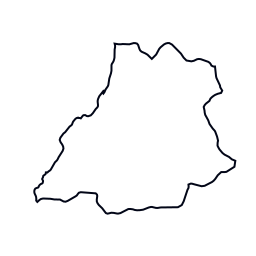 SVG path tracing the border of Benguela, rotated 352°
{"feature_id": "AGO-1887", "entity_name": "Benguela", "entity_type": "Province", "adm_level": 1, "iso_a3": "AGO", "parent_name": "Angola", "parent_adm1": "", "projection": "mercator", "projection_center": [13.731, -12.811], "detail": "fine", "context": "isolated", "style": "outline", "palette": "ink", "viewbox_px": 256, "rotation_deg": 352, "n_neighbors": 0, "source": "natural_earth", "source_scale": "10m", "svg_char_len": 2845}
<svg xmlns="http://www.w3.org/2000/svg" viewBox="0 0 256 256"><g transform="rotate(352 128 128)"><path d="M27.9,188.6L27.1,187.3L27.0,186.8L27.1,186.4L27.3,186.1L27.4,183.6L27.2,182.4L26.4,179.8L26.3,178.5L26.5,177.2L27.0,176.0L27.8,175.1L29.0,174.7L30.6,174.5L31.2,174.0L31.6,173.2L32.7,172.0L34.0,171.3L35.0,171.1L35.8,170.6L36.4,169.2L36.5,168.4L36.3,167.8L36.1,167.3L35.9,166.7L36.1,166.1L36.8,165.3L37.0,164.8L37.5,163.5L39.8,162.3L40.3,161.4L40.5,160.5L40.9,160.5L41.5,160.8L41.9,160.9L43.3,159.9L44.8,159.2L45.7,158.5L50.9,151.8L53.1,150.2L53.9,149.3L55.3,147.2L60.1,141.6L61.2,139.4L61.2,137.3L60.5,135.1L59.3,132.8L58.7,130.3L59.7,128.2L63.3,124.5L65.2,123.4L70.3,118.5L72.3,117.4L73.0,116.8L74.3,114.4L74.8,113.8L77.1,111.7L78.4,111.0L79.9,110.8L80.0,111.1L81.7,111.4L82.6,111.9L85.1,109.4L86.1,109.1L87.5,109.3L88.8,110.4L90.1,110.8L92.9,110.3L95.2,108.5L98.7,104.7L100.4,103.4L101.2,102.4L101.5,101.1L101.6,97.8L101.9,96.3L102.5,94.9L104.0,92.5L109.0,87.7L109.5,87.7L109.5,88.2L108.7,88.5L108.1,89.1L108.0,89.7L108.4,90.5L109.6,89.3L111.2,86.7L113.8,83.9L114.5,82.7L116.4,76.3L118.7,71.6L119.6,69.0L120.4,63.4L121.0,62.2L122.1,61.0L123.1,59.6L123.8,58.1L124.4,56.4L125.7,48.4L126.5,46.0L126.7,44.4L126.5,42.6L130.4,43.8L132.5,44.1L134.4,44.1L140.9,45.3L145.5,44.7L147.1,45.0L148.7,45.7L149.6,47.2L150.3,51.1L150.8,52.8L152.0,54.3L155.5,56.5L157.5,58.1L161.2,62.9L166.1,59.2L169.9,54.0L171.5,52.6L175.2,50.3L177.1,49.6L179.1,49.4L180.6,49.6L183.2,51.5L190.8,61.7L192.9,66.1L195.3,69.3L200.0,70.8L202.6,70.6L206.0,69.5L207.8,69.5L209.7,70.0L216.8,73.7L218.1,75.0L218.9,76.5L219.3,77.8L221.1,79.0L222.7,79.2L222.4,89.2L222.6,90.9L225.0,98.7L225.0,100.5L226.5,104.1L225.1,106.2L221.7,106.6L219.0,107.3L217.2,108.1L215.3,109.2L213.7,110.4L212.4,112.5L208.6,114.7L207.1,116.0L205.9,117.7L206.2,121.4L206.1,123.5L206.3,125.7L208.5,131.5L209.3,135.4L211.8,140.3L213.5,142.8L213.9,143.9L215.0,148.9L215.4,153.1L214.8,154.7L214.5,156.1L214.2,158.0L214.8,159.9L215.6,161.9L218.1,165.9L219.9,167.8L224.0,170.7L226.5,173.5L229.7,175.4L228.0,181.2L219.4,185.1L217.7,185.1L214.2,184.6L210.3,187.3L207.3,190.6L205.4,192.2L203.6,193.2L195.9,195.9L192.8,195.9L186.5,193.3L183.5,192.0L182.4,191.8L180.0,192.4L179.9,194.5L179.5,195.9L178.3,197.5L172.9,208.4L170.5,211.8L166.4,213.4L149.2,211.2L146.4,211.3L144.5,211.0L140.7,209.5L139.4,209.4L137.5,209.6L131.6,211.0L127.9,211.0L125.4,210.7L123.3,210.1L121.5,209.2L119.0,208.5L117.0,208.3L108.7,211.2L106.2,211.4L105.0,211.1L102.1,210.1L99.7,209.6L95.9,210.0L94.3,209.2L93.4,207.7L91.3,203.9L88.4,200.2L87.4,198.3L86.9,196.5L87.1,194.6L88.1,191.0L88.0,189.6L86.9,188.2L72.3,185.0L70.3,185.3L69.1,186.4L67.9,187.7L66.5,188.4L58.1,191.8L55.9,192.3L54.0,191.8L50.7,189.4L45.1,188.5L41.3,187.3L34.1,186.0L31.9,186.2L30.4,186.9L27.9,188.6L27.9,188.6Z" fill="none" stroke="#020617" stroke-width="2"/></g></svg>